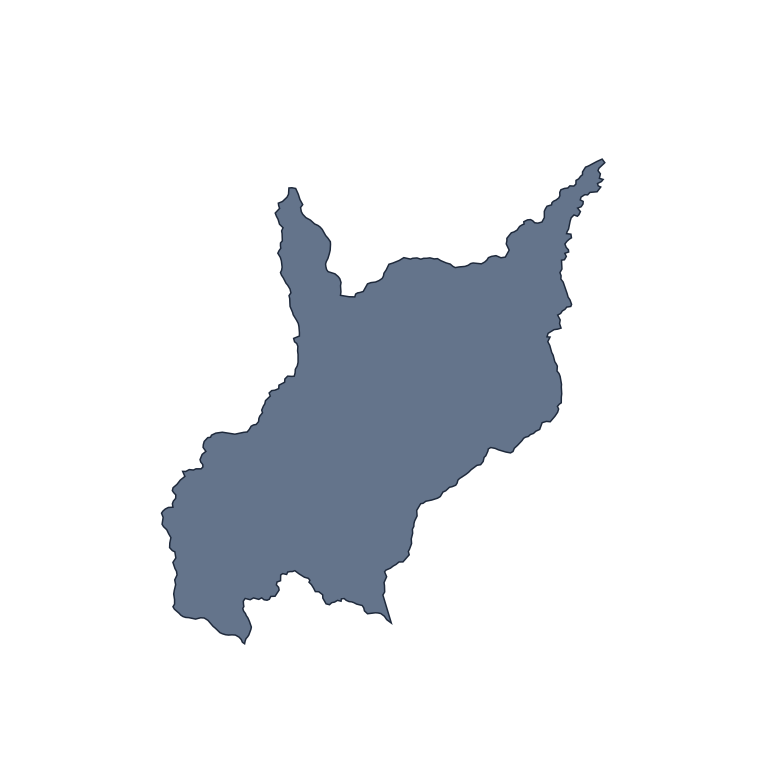 the district of Cristalândia, Tocantins, Brazil, rotated 114°
{"feature_id": "56859067B40620192903678", "entity_name": "Cristalândia", "entity_type": "district", "adm_level": 2, "iso_a3": "BRA", "parent_name": "Brazil", "parent_adm1": "Tocantins", "projection": "natural_earth1", "projection_center": [-49.344, -10.64], "detail": "fine", "context": "isolated", "style": "filled", "palette": "slate", "viewbox_px": 768, "rotation_deg": 114, "n_neighbors": 0, "source": "geoboundaries", "source_scale": "gbopen_adm2", "svg_char_len": 6167}
<svg xmlns="http://www.w3.org/2000/svg" viewBox="0 0 768 768"><g transform="rotate(114 384 384)"><path d="M599.4,280.1L577.2,299.2L573.7,298.8L567.9,301.6L565.4,303.2L559.0,303.2L555.3,307.1L553.2,306.5L549.6,303.2L546.3,301.4L544.1,299.7L540.5,297.9L538.8,294.3L529.8,291.5L527.0,293.7L524.8,293.5L518.6,293.9L514.4,296.1L508.7,297.1L505.1,299.0L502.0,298.8L499.6,299.8L496.8,300.3L491.1,300.1L486.2,302.7L478.4,301.8L477.1,299.8L474.1,298.1L470.6,293.2L466.5,288.6L463.9,286.8L458.7,286.2L456.5,284.2L451.7,282.2L450.2,280.1L447.3,277.3L444.7,276.9L441.9,277.4L439.7,276.6L433.4,272.5L430.2,270.8L427.0,269.6L420.5,266.0L418.4,262.9L414.5,261.9L410.3,262.7L408.2,261.8L403.0,261.8L400.9,262.3L398.6,260.6L397.6,256.2L397.6,252.7L396.6,245.1L395.5,240.4L393.2,238.7L389.7,238.8L385.8,237.1L379.5,234.9L376.9,234.4L375.1,233.2L373.2,230.8L370.6,229.7L368.3,227.3L365.4,226.1L362.2,223.3L355.0,223.8L352.1,220.4L350.9,216.8L343.8,214.7L339.2,213.9L335.8,214.3L333.9,216.5L331.0,215.6L329.1,214.4L323.8,216.7L320.8,217.6L314.6,220.8L312.1,221.7L305.4,226.2L303.3,228.3L301.8,231.2L297.2,232.9L295.7,234.7L294.1,237.1L288.9,241.2L287.0,243.6L281.4,248.2L278.7,251.6L273.6,251.4L274.6,254.3L271.0,254.7L265.2,250.8L263.2,247.6L260.9,245.0L257.4,248.2L253.8,249.1L250.4,253.4L247.7,251.3L244.7,250.8L242.3,249.1L239.4,248.3L237.2,244.9L235.0,245.0L231.6,248.2L229.7,251.2L226.9,253.5L218.0,261.8L216.2,265.1L213.0,266.3L210.7,268.6L206.6,268.2L198.7,272.2L197.1,269.7L193.3,269.3L191.1,272.0L188.3,269.0L186.4,270.1L185.1,273.1L182.5,275.7L179.2,274.9L176.3,273.6L174.2,272.2L171.1,274.2L172.4,278.4L170.1,278.7L167.5,278.4L159.5,280.2L156.1,280.6L152.3,279.2L152.1,275.6L150.1,274.8L146.6,274.7L144.6,278.7L141.9,276.0L138.6,275.4L136.2,276.3L136.0,279.6L133.1,280.0L129.4,277.6L128.4,274.9L125.2,273.8L121.7,267.5L115.9,266.1L115.9,268.9L114.0,270.5L110.6,267.7L108.0,267.0L108.5,270.9L104.0,271.8L102.1,275.3L99.4,275.4L92.0,272.3L89.8,276.2L94.2,280.1L101.9,286.1L103.9,288.1L109.5,288.9L112.1,287.8L114.2,288.9L117.4,289.6L119.9,291.4L123.3,290.0L126.0,291.1L127.4,294.8L130.2,295.8L132.0,298.8L134.6,301.4L137.4,301.4L140.5,299.9L142.9,300.0L145.9,301.6L148.1,303.5L150.0,304.3L152.2,303.8L155.3,307.4L158.3,307.8L161.0,307.8L166.8,305.2L171.8,305.6L174.5,308.9L175.4,311.9L174.4,314.5L174.2,317.0L175.7,319.7L178.9,322.3L180.9,321.1L182.5,322.6L184.9,324.2L189.2,325.0L192.1,327.0L194.1,329.2L200.9,331.0L203.2,330.0L206.3,329.3L210.8,324.1L218.7,324.8L221.1,328.5L221.2,333.9L223.7,337.7L226.1,340.0L228.8,340.4L231.6,341.6L234.6,343.9L237.2,351.8L238.7,353.8L241.2,355.3L243.6,357.8L246.5,363.0L248.7,366.3L248.5,369.0L247.5,372.2L248.1,376.5L248.2,382.4L247.7,386.1L249.3,389.0L250.1,393.4L251.7,396.0L253.1,399.0L255.0,401.1L255.4,405.1L257.5,409.0L259.1,410.6L260.5,417.3L264.9,420.3L269.9,425.1L272.6,428.2L278.9,428.4L282.8,429.1L285.7,428.4L288.3,428.6L291.5,430.6L294.3,433.2L296.7,437.2L299.2,439.8L307.9,440.6L310.1,443.1L311.5,445.2L313.4,446.5L316.3,446.1L318.5,451.4L320.7,459.8L317.4,460.8L311.9,463.7L308.8,464.5L305.8,467.2L304.5,469.6L303.3,473.6L304.1,480.8L302.8,483.0L300.2,485.0L298.1,486.2L295.7,486.5L292.2,486.3L287.4,486.9L283.6,487.6L278.1,489.7L275.8,490.9L273.6,494.5L272.1,497.7L267.9,503.3L266.6,506.2L266.0,508.9L266.0,512.5L264.2,517.9L263.8,523.0L262.0,527.3L260.2,529.6L256.7,532.0L253.2,531.2L249.7,535.8L245.5,539.5L241.3,544.2L242.2,548.0L243.6,550.6L249.5,548.4L252.8,548.6L258.6,551.0L261.8,554.1L264.0,552.7L266.0,550.8L272.1,552.9L274.5,550.5L276.7,547.7L280.5,544.5L282.3,539.8L285.8,539.8L288.0,538.3L294.6,535.1L297.3,535.9L299.9,534.8L302.0,533.5L304.8,534.1L307.7,534.2L310.5,530.2L313.3,527.8L318.7,524.6L321.8,523.8L324.3,523.9L326.3,521.9L328.0,519.2L331.8,514.5L332.9,512.2L335.5,508.5L338.6,506.1L341.9,506.7L344.3,504.9L351.3,501.4L355.9,496.5L357.7,495.1L361.3,489.8L363.6,486.9L366.1,485.1L371.6,482.1L374.6,480.8L379.1,485.1L381.8,482.9L382.5,480.2L384.6,478.0L388.9,476.4L392.0,474.5L399.2,471.3L402.9,470.6L406.6,471.0L410.1,469.7L413.4,469.2L414.5,471.2L416.0,475.2L419.7,476.6L422.8,475.5L427.8,479.5L431.0,478.3L434.0,481.1L435.7,483.9L438.9,485.3L441.3,483.0L447.4,485.5L450.7,484.8L453.1,485.2L457.6,485.1L459.7,483.3L463.9,484.4L466.3,484.3L469.4,483.3L472.9,484.3L474.5,486.6L476.6,488.2L480.3,488.6L483.5,489.5L485.2,492.5L490.5,499.8L493.8,512.1L497.3,517.7L500.9,520.8L503.2,520.8L504.7,523.2L509.6,524.9L512.9,524.4L515.5,523.5L518.0,519.3L522.3,521.5L527.9,521.3L529.8,519.7L531.3,516.8L533.5,515.7L535.9,516.6L538.0,521.3L540.1,523.1L541.4,527.1L544.5,529.5L545.7,532.4L549.4,528.3L554.6,531.0L559.9,532.3L564.5,534.5L567.5,534.0L568.8,531.9L570.0,529.1L573.2,527.8L576.7,528.8L579.5,528.6L582.4,526.7L584.5,530.8L587.2,533.0L590.1,534.3L592.5,534.7L595.7,531.5L602.4,529.7L604.0,527.4L605.5,523.2L608.4,519.8L611.0,516.2L616.4,515.0L620.7,513.3L622.3,509.6L622.4,506.8L627.6,503.4L632.8,504.3L637.6,499.9L639.5,497.4L642.6,495.4L648.1,495.5L652.1,492.7L658.0,491.6L661.4,490.7L666.2,487.6L670.3,485.8L673.3,486.2L675.0,483.8L676.8,477.9L677.8,475.6L678.2,473.0L677.9,470.2L676.8,467.2L675.4,460.5L672.1,456.4L670.9,453.1L671.5,448.7L674.9,441.6L675.7,438.7L677.9,432.7L677.9,430.0L677.5,426.8L676.6,423.9L675.0,420.9L673.8,417.6L674.2,413.5L675.5,410.5L677.5,408.3L678.0,405.7L675.3,406.3L672.7,406.5L670.6,405.8L668.3,405.4L662.3,405.8L660.0,406.3L655.5,410.5L652.9,413.4L651.7,415.5L650.0,417.3L648.7,419.7L646.6,421.7L644.3,421.5L642.3,422.8L639.6,424.2L636.4,423.6L635.5,418.5L632.5,416.2L631.7,410.8L629.1,408.8L629.9,405.8L629.1,402.9L627.3,401.2L624.1,401.0L622.2,397.2L614.9,396.0L612.6,397.6L611.3,400.6L608.4,401.2L605.8,398.5L600.5,400.7L598.4,399.4L597.6,395.5L595.0,395.5L593.6,393.6L592.6,391.4L590.8,389.5L592.0,384.4L592.9,378.1L592.3,374.1L593.4,371.9L595.6,371.9L596.8,368.7L599.2,365.2L601.6,362.3L600.3,359.1L601.5,354.3L604.5,352.8L608.4,347.5L607.8,344.0L605.0,342.8L603.3,340.4L600.6,338.5L599.9,334.9L597.6,335.5L596.2,333.1L597.0,330.6L597.0,327.4L596.2,325.1L596.0,322.6L596.2,319.5L595.2,313.8L596.8,311.4L599.2,309.6L600.6,305.6L596.5,298.8L595.6,296.4L595.0,293.5L596.0,289.2L598.2,285.6L599.4,280.1Z" fill="#64748b" stroke="#1e293b" stroke-width="1.5"/></g></svg>